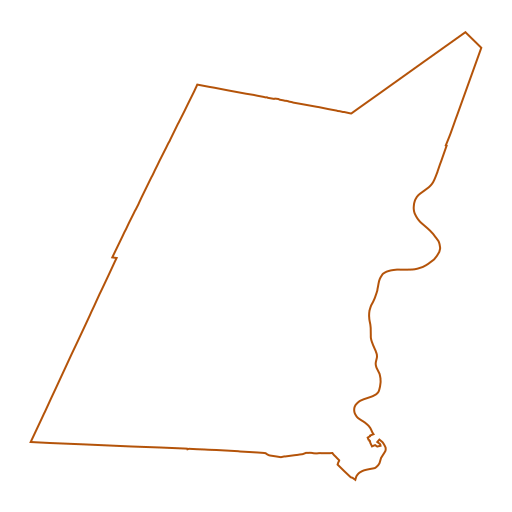 Eemnes, Utrecht, Netherlands
{"feature_id": "6326949B88613917422763", "entity_name": "Eemnes", "entity_type": "district", "adm_level": 2, "iso_a3": "NLD", "parent_name": "Netherlands", "parent_adm1": "Utrecht", "projection": "orthographic", "projection_center": [5.28, 52.255], "detail": "fine", "context": "isolated", "style": "outline", "palette": "amber", "viewbox_px": 512, "rotation_deg": 0, "n_neighbors": 0, "source": "geoboundaries", "source_scale": "gbopen_adm2", "svg_char_len": 6030}
<svg xmlns="http://www.w3.org/2000/svg" viewBox="0 0 512 512"><path d="M465.4,32.2L423.6,61.9L379.5,93.4L358.5,108.3L351.4,113.4L351.1,113.5L349.5,113.2L344.2,112.0L342.9,112.0L339.8,111.2L337.7,111.0L336.6,110.6L328.4,109.1L318.8,107.1L316.8,106.8L311.8,105.9L302.4,104.2L293.3,102.6L291.8,102.1L289.0,101.6L288.4,101.3L286.2,100.8L285.1,100.8L283.1,100.3L279.7,99.7L278.4,99.0L275.0,98.6L274.1,98.9L272.3,98.6L267.8,97.8L266.9,97.3L265.6,97.4L263.6,96.9L257.2,95.7L253.6,94.9L245.9,93.7L244.3,93.4L228.1,90.4L214.3,87.7L209.4,86.9L197.3,84.6L196.8,85.5L196.7,86.0L195.9,87.6L194.2,91.3L187.9,104.0L185.9,108.1L184.5,111.0L180.5,118.9L178.7,122.5L177.9,123.9L170.3,139.5L169.6,141.1L168.4,143.1L167.2,145.5L166.0,148.0L164.3,151.3L162.9,154.1L159.7,160.4L157.3,165.4L155.9,168.2L154.8,170.4L153.9,172.4L152.2,175.9L151.7,176.7L151.2,177.7L150.2,179.7L146.0,188.3L141.4,197.7L138.9,203.1L138.4,204.3L135.9,209.2L135.5,209.9L134.8,211.1L134.6,211.5L134.0,212.8L128.8,223.2L126.0,229.2L124.4,232.2L122.3,236.7L113.1,255.7L112.3,257.4L116.6,258.0L115.0,261.3L108.7,274.9L101.9,289.3L100.3,292.6L99.7,293.8L97.6,298.4L96.0,301.9L94.2,305.9L91.3,312.0L89.9,315.2L85.3,325.1L82.3,331.5L77.8,341.1L71.3,354.8L64.6,369.3L63.2,372.3L55.1,389.8L54.3,391.5L51.2,398.1L48.1,404.9L44.7,412.3L44.2,413.2L41.9,418.2L30.7,442.0L38.1,442.4L49.8,443.0L84.4,444.4L131.6,446.5L160.2,447.5L186.1,448.6L187.1,448.7L187.4,449.3L188.6,448.9L189.3,448.8L196.6,449.2L204.6,449.5L207.7,449.7L210.1,449.8L216.5,450.0L238.0,451.2L240.0,451.5L250.9,452.1L257.7,452.5L263.2,452.9L265.7,453.2L266.3,453.8L267.3,454.4L268.6,455.1L269.5,455.4L270.6,455.6L276.6,456.5L280.3,457.1L281.3,457.1L284.4,456.4L285.0,456.5L294.6,455.2L297.5,454.9L299.7,454.5L302.4,454.2L303.1,454.0L305.9,452.9L306.2,452.9L307.0,452.9L310.0,452.8L311.7,452.9L313.9,453.3L316.0,453.4L317.0,453.4L319.3,453.1L319.7,453.1L321.8,453.2L327.3,453.2L329.7,453.2L332.4,453.0L333.0,453.9L334.1,455.2L335.5,456.5L337.2,458.3L339.2,460.3L339.2,460.6L338.2,462.6L337.6,464.6L344.1,471.0L349.8,476.4L350.8,477.3L352.5,477.8L355.3,479.8L356.1,477.1L356.4,476.3L356.9,475.5L357.4,474.8L358.4,473.6L359.2,472.9L359.7,472.5L362.2,471.1L363.9,470.4L364.6,470.2L366.6,469.7L369.4,469.1L373.3,468.4L374.7,468.1L375.0,468.0L375.6,467.6L375.9,467.4L376.9,466.5L377.6,465.8L378.2,465.2L378.6,464.6L379.2,463.7L379.4,463.3L379.6,462.9L380.8,458.8L381.0,458.3L381.1,457.8L381.2,457.6L381.6,457.1L382.9,455.0L384.0,453.3L385.1,451.5L385.4,450.9L385.5,450.5L385.6,450.1L385.7,449.2L385.7,448.8L385.6,448.0L385.6,447.6L385.4,447.2L385.1,446.5L384.8,445.9L384.1,444.6L383.5,443.6L382.9,442.7L382.5,442.2L381.7,441.5L379.4,439.6L377.3,442.0L378.2,442.7L379.2,443.4L379.7,443.7L379.8,443.9L380.2,444.5L380.4,445.0L380.5,445.6L380.5,445.8L380.2,445.8L379.2,446.1L378.1,446.3L377.6,446.5L377.4,446.5L377.2,446.5L377.0,446.4L376.2,445.9L375.5,445.3L375.1,445.1L372.0,446.4L370.3,442.8L370.1,441.9L370.0,441.2L369.9,441.0L369.5,441.0L369.2,440.1L368.8,439.8L368.5,439.7L368.1,438.7L367.7,437.6L369.9,436.3L369.8,436.1L370.0,435.8L370.0,435.7L370.4,435.3L371.0,435.2L373.5,434.2L373.1,433.6L372.2,432.1L371.0,429.4L370.4,428.3L370.1,427.7L369.8,427.4L369.0,426.3L368.5,425.7L367.0,424.3L364.7,422.4L363.9,421.9L363.2,421.4L362.5,421.0L360.9,420.0L359.4,419.0L358.0,418.0L357.5,417.5L357.1,417.1L356.4,416.2L355.8,415.2L355.1,414.0L354.8,413.3L354.5,412.4L354.3,411.4L354.2,410.5L354.2,409.9L354.2,409.1L354.3,408.3L354.4,407.7L354.5,407.4L354.8,406.5L355.4,405.3L355.7,404.8L356.0,404.5L356.8,403.6L357.8,402.6L358.9,401.7L359.5,401.2L359.9,401.0L360.6,400.6L363.4,399.4L363.9,399.2L367.2,398.1L371.6,396.6L373.5,395.8L374.1,395.4L375.5,394.7L376.1,394.3L376.4,394.1L377.3,393.2L378.0,392.5L378.5,391.7L378.8,391.1L379.3,389.5L379.6,388.3L380.0,386.7L380.1,385.9L380.3,384.5L380.5,383.0L380.6,382.0L380.6,380.9L380.5,380.0L380.5,378.6L380.4,378.0L380.1,376.3L379.6,374.0L379.1,372.9L376.6,367.9L376.4,367.4L376.1,366.3L376.0,366.0L375.8,365.0L375.7,364.0L375.7,363.6L375.7,363.1L375.8,362.5L375.9,361.8L376.9,357.6L376.9,357.2L377.0,356.5L377.0,356.2L376.9,355.5L376.9,354.9L376.8,354.4L376.4,353.0L376.0,352.0L375.7,351.0L374.7,348.8L373.0,344.9L372.4,343.2L372.0,342.3L371.8,341.6L371.4,340.4L371.1,339.1L370.9,338.1L370.8,337.0L370.8,336.2L370.8,334.9L370.7,328.1L370.5,326.1L370.3,324.4L369.6,320.9L369.3,319.0L369.2,317.2L369.1,316.2L369.1,315.2L369.2,312.9L369.4,311.5L369.4,311.0L369.9,309.2L370.6,306.9L371.2,305.3L372.3,303.3L373.1,301.8L374.2,299.4L374.8,298.0L375.2,296.9L376.6,292.8L376.9,291.8L377.3,290.5L377.4,289.9L377.5,289.0L378.0,286.6L378.6,283.2L378.8,282.4L379.0,281.3L379.5,279.8L379.7,279.2L380.5,277.5L381.1,276.5L381.8,275.4L382.3,274.6L382.5,274.3L383.2,273.6L384.2,273.0L384.8,272.6L386.5,271.7L388.3,271.1L390.1,270.6L390.9,270.4L393.5,270.0L397.0,269.6L397.6,269.6L404.2,269.7L410.1,269.6L412.4,269.5L414.5,269.3L416.5,268.9L417.7,268.6L420.2,267.8L422.7,267.0L423.1,266.8L426.1,265.2L428.3,263.8L429.6,262.8L432.7,260.5L433.6,259.8L434.2,259.3L435.3,257.9L436.6,256.3L437.2,255.4L439.0,252.4L439.2,252.1L439.4,251.5L439.7,250.3L440.0,249.1L440.1,248.8L440.1,248.1L440.1,247.5L439.8,245.7L439.6,244.5L439.3,243.3L439.1,242.7L438.6,241.4L438.2,240.7L437.3,239.5L436.0,237.7L435.3,236.9L434.0,235.1L433.0,233.8L431.1,231.8L430.2,230.8L427.4,228.2L422.4,223.9L420.7,222.4L420.0,221.7L419.4,221.0L418.1,219.4L417.4,218.4L416.7,217.3L416.1,216.3L415.7,215.5L415.3,214.7L414.9,213.9L414.6,213.2L414.1,211.5L414.0,210.9L413.8,209.6L413.7,208.2L413.7,207.6L413.8,206.2L414.0,204.3L414.1,203.5L414.5,202.0L415.0,200.3L415.2,199.9L415.7,198.9L416.0,198.4L416.8,197.0L417.3,196.4L417.9,195.7L418.3,195.2L419.7,194.0L420.2,193.6L425.0,190.1L428.1,187.8L429.1,187.0L430.3,185.8L430.7,185.4L431.8,184.1L432.5,183.1L433.1,182.2L433.5,181.4L434.2,180.0L434.6,179.1L435.6,176.7L437.3,172.3L437.5,171.9L437.5,171.6L440.0,164.3L441.1,161.4L443.3,155.1L446.6,145.7L445.8,145.4L449.3,136.7L450.5,133.6L453.4,125.5L455.8,118.7L457.0,115.5L481.3,47.8L465.4,32.2Z" fill="none" stroke="#b45309" stroke-width="2"/></svg>